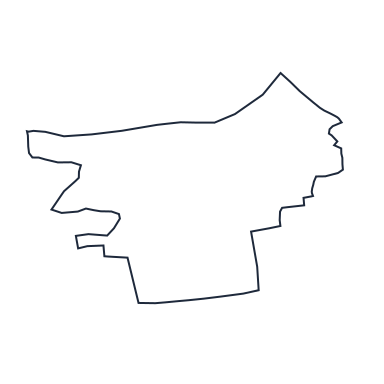 Sisattanak, Vientiane [prefecture], Laos (Natural Earth projection), rotated 83°
{"feature_id": "54806243B63933200485588", "entity_name": "Sisattanak", "entity_type": "district", "adm_level": 2, "iso_a3": "LAO", "parent_name": "Laos", "parent_adm1": "Vientiane [prefecture]", "projection": "natural_earth1", "projection_center": [102.629, 17.933], "detail": "fine", "context": "isolated", "style": "outline", "palette": "slate", "viewbox_px": 384, "rotation_deg": 83, "n_neighbors": 0, "source": "geoboundaries", "source_scale": "gbopen_adm2", "svg_char_len": 1395}
<svg xmlns="http://www.w3.org/2000/svg" viewBox="0 0 384 384"><g transform="rotate(83 192 192)"><path d="M84.7,89.6L104.0,109.9L118.8,137.8L119.9,139.9L125.9,161.2L125.4,164.9L123.6,179.6L121.4,194.8L121.2,208.1L121.1,218.6L122.7,254.2L122.6,284.6L121.1,312.3L114.4,330.3L112.0,341.9L112.2,346.8L111.6,348.4L115.9,348.0L127.0,349.0L133.5,349.0L138.3,346.2L139.1,340.0L141.8,333.7L146.3,321.5L147.8,308.1L151.9,299.0L158.0,301.7L164.1,302.6L166.9,306.3L175.6,318.9L178.5,321.5L192.3,333.6L196.9,323.9L197.5,307.7L195.5,299.3L198.1,291.6L200.0,285.1L201.5,274.4L205.0,267.2L209.6,266.8L218.5,273.9L224.9,281.5L224.1,285.6L221.2,299.9L221.4,312.6L223.6,312.5L234.1,311.9L233.0,302.5L234.3,286.4L245.1,286.8L245.9,282.8L249.3,264.0L295.6,258.6L297.9,241.9L298.3,231.5L298.6,220.4L299.0,208.4L299.3,193.1L299.3,176.7L299.1,153.4L297.6,137.8L274.1,136.4L238.5,138.2L237.4,119.5L236.5,108.4L230.6,108.4L222.2,107.0L218.7,104.5L218.7,99.3L218.9,82.3L211.4,82.0L210.9,74.0L210.7,72.4L207.7,73.1L206.2,73.1L204.0,72.5L202.9,72.2L199.7,70.8L196.7,69.8L191.7,66.9L192.7,57.8L190.9,44.7L188.2,39.5L182.8,39.3L176.4,38.6L172.1,39.1L166.9,38.6L162.9,45.2L159.5,41.6L152.8,46.5L150.7,49.0L146.5,47.8L143.8,44.3L141.2,35.0L137.0,37.3L135.5,38.7L135.4,38.8L133.7,41.1L131.5,44.3L130.5,45.8L127.3,50.8L124.0,54.8L117.8,60.8L105.1,72.7L94.8,80.9L84.7,89.6Z" fill="none" stroke="#1e293b" stroke-width="2"/></g></svg>